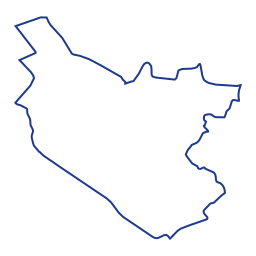 map outline of Bukhoro (Robinson projection)
{"feature_id": "UZB-354", "entity_name": "Bukhoro", "entity_type": "Region", "adm_level": 1, "iso_a3": "UZB", "parent_name": "Uzbekistan", "parent_adm1": "", "projection": "robinson", "projection_center": [64.255, 40.217], "detail": "fine", "context": "isolated", "style": "outline", "palette": "blue", "viewbox_px": 256, "rotation_deg": 0, "n_neighbors": 0, "source": "natural_earth", "source_scale": "10m", "svg_char_len": 2589}
<svg xmlns="http://www.w3.org/2000/svg" viewBox="0 0 256 256"><path d="M156.6,238.2L154.5,237.8L152.4,236.7L140.9,228.9L130.9,222.2L123.0,216.8L118.7,212.6L111.1,202.4L106.6,198.3L96.7,191.7L73.3,175.9L61.7,168.1L52.1,161.5L43.8,155.9L39.7,152.0L38.9,151.6L33.9,145.6L33.1,143.2L31.9,138.4L31.7,136.4L32.0,134.5L32.6,133.0L33.0,131.4L32.8,129.6L30.6,125.2L30.4,123.4L30.3,121.1L30.1,119.4L29.5,117.8L27.7,114.4L27.3,112.8L27.1,109.2L26.4,108.4L20.6,105.3L17.2,104.3L15.7,103.3L15.4,102.7L30.3,85.7L34.0,78.3L33.2,75.4L30.9,72.1L19.5,60.1L35.5,53.0L35.5,51.8L15.6,26.1L40.7,17.4L46.6,17.5L48.8,22.3L50.6,25.1L62.3,38.0L71.8,53.6L73.5,54.5L79.7,55.8L89.0,59.1L99.8,64.8L121.1,76.9L122.7,79.5L125.3,81.9L125.2,83.6L133.6,80.9L138.7,73.9L142.9,65.8L144.2,64.1L145.6,63.1L147.0,62.6L148.3,62.9L149.7,64.0L151.1,66.0L151.5,68.9L151.6,74.6L152.6,76.5L155.6,77.5L174.8,79.6L176.4,78.2L178.5,70.5L179.9,69.8L182.2,69.0L191.6,68.6L194.7,68.0L196.9,67.1L199.2,64.1L200.1,64.2L200.7,66.3L202.2,75.0L202.9,77.3L203.9,79.8L206.3,81.7L208.8,83.0L215.8,84.6L237.2,86.0L240.6,85.1L239.0,90.4L238.7,92.6L238.5,94.9L238.6,97.0L238.7,98.8L239.0,99.8L238.9,100.8L238.0,100.8L234.3,100.0L233.6,100.0L232.9,100.2L232.4,100.6L231.6,101.7L231.4,102.8L229.6,108.3L228.0,110.0L226.7,111.1L225.1,115.9L224.4,117.3L216.0,117.2L214.4,116.7L212.9,115.8L211.5,114.6L210.1,114.3L208.5,114.3L206.0,114.7L204.8,115.3L204.2,116.0L204.0,116.8L203.9,117.6L203.9,118.4L204.2,120.1L206.0,121.7L204.8,125.0L204.2,125.6L203.9,125.7L203.8,125.9L203.9,126.2L204.7,127.4L206.8,129.4L207.9,130.7L208.2,131.3L208.1,131.6L206.0,131.8L205.5,131.9L205.1,132.2L204.6,132.6L203.9,132.6L202.8,133.4L199.5,139.8L198.5,141.1L197.3,142.3L196.0,143.1L191.6,145.0L191.1,146.1L190.5,146.6L190.3,147.0L188.0,149.7L186.8,152.2L185.8,154.4L186.9,156.5L192.1,163.3L194.1,164.5L197.4,166.3L197.5,166.8L197.9,167.6L198.2,168.3L199.2,168.8L200.5,168.9L203.6,167.5L204.7,167.7L205.3,168.7L213.8,172.5L215.2,174.5L215.7,176.5L215.8,177.9L216.0,179.8L216.6,181.6L218.0,182.4L219.7,182.9L220.7,183.5L222.0,184.7L223.2,186.2L223.4,186.7L223.9,187.6L224.6,190.0L224.7,190.6L224.9,193.0L221.6,195.4L214.4,202.2L213.5,202.8L212.7,203.1L212.0,203.1L211.2,203.2L210.6,203.4L210.2,203.7L204.8,209.3L204.1,210.2L203.7,210.9L203.6,211.4L203.6,211.9L203.7,212.3L203.8,212.7L204.1,213.4L204.6,214.1L206.9,216.8L207.2,217.1L207.4,217.6L207.4,218.1L207.3,218.8L206.9,219.2L206.5,219.4L194.7,223.5L190.8,224.8L181.0,228.5L177.7,230.7L171.1,237.5L170.0,238.6L167.9,235.9L166.2,234.9L164.0,235.2L158.5,237.8L156.6,238.2Z" fill="none" stroke="#1e3a8a" stroke-width="2"/></svg>